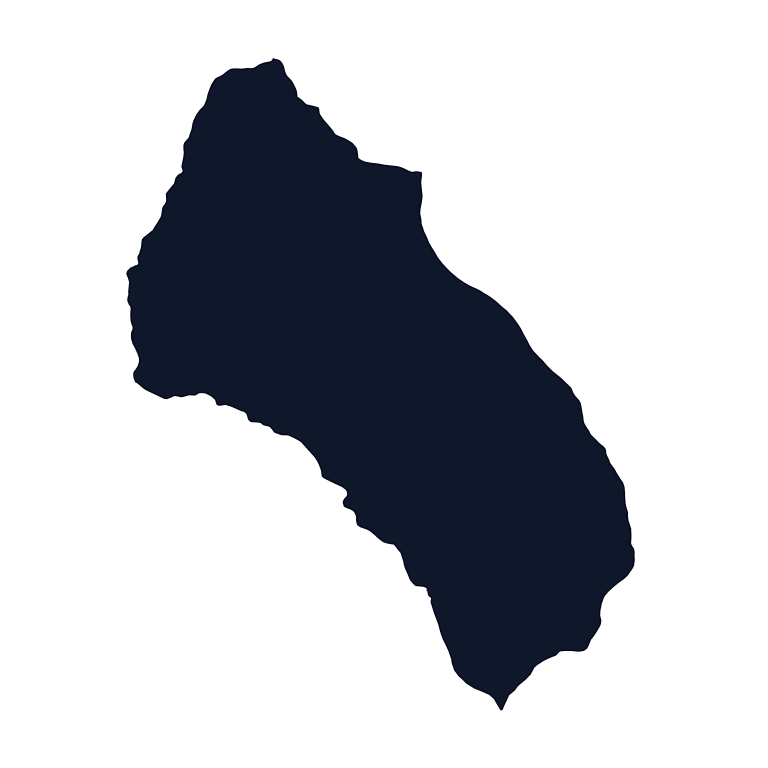 Suscal, Cañar, Ecuador (Robinson projection), rotated 96°
{"feature_id": "8360857B89634065401442", "entity_name": "Suscal", "entity_type": "district", "adm_level": 2, "iso_a3": "ECU", "parent_name": "Ecuador", "parent_adm1": "Cañar", "projection": "robinson", "projection_center": [-79.067, -2.464], "detail": "fine", "context": "isolated", "style": "filled", "palette": "ink", "viewbox_px": 768, "rotation_deg": 96, "n_neighbors": 0, "source": "geoboundaries", "source_scale": "gbopen_adm2", "svg_char_len": 6138}
<svg xmlns="http://www.w3.org/2000/svg" viewBox="0 0 768 768"><g transform="rotate(96 384 384)"><path d="M519.9,120.6L517.4,122.2L515.2,122.5L512.5,122.5L508.1,122.9L502.2,123.8L494.3,127.3L489.9,128.3L486.3,128.6L482.5,130.3L478.0,131.9L470.6,133.2L467.1,133.6L461.2,134.8L457.2,136.7L454.2,139.4L450.5,142.3L448.3,144.0L445.9,145.5L443.6,147.4L439.7,151.1L435.0,153.5L432.8,155.0L429.8,156.5L426.9,156.9L425.3,157.8L423.6,159.6L421.9,162.4L420.0,165.2L417.6,167.8L415.5,170.6L413.1,173.4L412.2,174.2L409.6,175.7L407.1,177.9L403.5,180.6L401.8,181.6L399.1,182.5L395.2,183.3L392.3,184.3L386.5,185.8L382.7,187.1L380.2,188.8L376.3,193.1L373.4,195.4L368.8,197.8L360.0,209.0L354.2,218.0L349.5,223.8L344.1,229.6L341.6,232.9L335.9,239.5L330.7,243.7L324.2,247.9L320.3,250.8L316.5,253.2L314.8,254.3L310.2,258.0L306.2,261.7L304.4,263.3L300.6,267.8L299.1,269.4L294.9,275.7L290.5,281.7L286.9,287.6L284.5,292.5L283.7,294.6L282.2,297.2L280.8,300.6L277.9,309.2L275.2,315.3L271.6,321.9L267.7,327.7L266.2,329.8L262.9,333.9L258.6,338.8L253.1,344.1L247.4,348.2L243.7,351.2L238.5,354.9L235.1,356.6L228.2,360.8L225.3,362.0L220.9,364.1L216.7,364.7L211.0,366.5L206.1,366.7L202.9,366.4L196.4,366.0L193.2,366.0L179.5,368.9L172.7,368.7L170.0,369.2L169.8,371.2L169.8,374.1L170.3,376.5L171.0,377.6L170.0,382.0L167.9,387.7L167.4,389.4L167.0,391.1L166.7,394.0L166.6,407.0L166.1,411.9L166.0,420.5L165.7,424.8L165.4,426.7L164.8,428.9L163.9,431.1L162.5,433.7L155.7,435.2L154.2,435.7L152.3,436.6L148.5,440.5L148.0,441.2L147.4,442.3L145.6,446.1L144.8,447.9L144.3,449.3L143.3,453.2L142.3,456.4L141.6,458.2L141.1,459.0L140.6,459.6L138.1,461.5L136.8,462.7L127.7,472.3L123.2,476.1L122.1,476.8L121.3,477.1L117.3,478.0L116.5,478.3L116.3,478.8L115.4,484.2L114.8,489.6L114.5,490.9L113.7,492.0L110.8,495.5L107.7,500.8L103.4,501.6L101.8,502.1L100.0,503.0L97.2,504.6L95.0,506.1L92.4,508.1L91.0,509.6L88.6,512.5L87.7,513.3L86.9,514.0L84.6,515.3L78.8,517.4L75.7,519.4L74.6,520.5L73.7,521.7L73.4,522.4L73.1,523.3L72.6,527.1L72.3,527.8L75.3,529.6L76.4,532.8L77.6,536.9L79.8,541.1L82.5,544.4L83.9,546.4L84.6,549.1L84.6,552.2L85.9,558.0L86.5,566.1L87.5,569.6L89.9,572.5L94.0,576.6L96.2,579.9L96.9,581.3L98.4,583.2L100.8,584.6L103.7,585.9L104.0,586.2L104.8,586.5L109.7,587.9L114.9,589.1L118.7,589.4L123.1,590.5L125.9,591.5L128.2,593.0L130.6,595.1L135.6,598.0L139.2,599.4L142.2,600.4L145.3,601.0L148.9,601.2L151.2,601.4L155.6,602.5L159.5,603.3L160.1,603.6L165.3,607.3L167.8,607.7L171.2,607.3L175.1,606.5L179.4,606.6L188.9,607.5L193.3,605.5L195.6,606.8L197.1,609.1L198.4,610.6L201.4,612.3L206.7,613.0L211.1,616.0L217.6,620.1L223.6,619.1L225.4,619.1L227.8,619.9L229.1,620.5L230.3,621.5L231.3,621.9L232.7,622.2L239.9,622.5L242.4,623.2L243.0,623.6L246.5,625.1L251.5,627.7L255.6,629.6L263.8,637.9L264.4,638.4L265.5,639.0L266.5,639.2L268.1,639.3L271.3,639.2L275.1,639.4L276.9,640.0L278.7,640.2L280.7,640.6L282.0,641.4L284.1,641.8L285.4,641.5L287.3,640.8L289.9,640.2L292.1,641.4L292.6,643.3L294.8,646.7L295.3,647.9L297.2,649.4L297.9,650.1L299.3,650.8L301.1,651.1L301.8,650.8L303.9,649.8L304.5,649.3L309.1,647.4L319.2,647.3L321.4,646.8L324.3,647.3L327.5,647.4L329.0,646.7L331.7,645.2L333.1,643.7L335.4,643.1L341.6,642.9L347.4,641.9L350.9,640.6L352.6,639.6L354.6,639.0L356.6,639.3L358.6,640.0L359.4,640.1L362.4,640.0L365.4,639.5L369.9,637.6L374.3,634.6L379.7,631.5L383.5,629.8L386.4,629.2L389.4,629.6L392.0,630.1L395.7,631.9L397.0,632.8L399.0,633.7L400.5,633.7L404.2,633.0L404.9,632.4L406.4,631.8L407.9,630.9L408.1,629.8L409.1,628.1L412.8,622.8L414.2,620.1L415.4,616.9L418.4,608.3L420.7,602.0L421.0,600.9L421.1,599.9L421.0,598.6L420.6,597.5L419.7,595.8L417.1,591.3L417.2,587.8L417.6,585.2L417.5,583.8L416.8,581.6L415.2,577.8L414.8,576.4L414.6,571.6L414.4,570.7L413.8,569.7L412.4,568.2L411.9,567.3L411.7,566.5L411.4,565.1L411.3,563.6L411.3,561.0L411.4,560.2L411.8,559.1L414.0,553.6L415.1,552.4L416.3,550.5L416.8,550.0L417.4,549.6L421.2,547.9L421.7,547.5L421.9,547.1L422.1,546.4L422.1,545.5L421.8,544.0L420.8,540.3L420.7,539.2L420.8,538.4L421.6,534.5L422.2,532.0L425.1,523.3L425.4,521.5L425.4,520.6L426.7,518.3L427.5,517.3L429.2,516.4L432.9,514.9L433.8,514.1L435.1,512.2L434.8,506.7L434.9,502.3L436.1,500.8L436.7,499.8L437.0,498.7L437.6,494.2L437.8,493.4L438.1,492.7L439.4,491.1L443.1,487.6L444.3,483.2L444.8,481.1L444.8,479.5L444.4,474.5L444.5,473.7L445.4,470.8L446.9,466.4L449.7,460.2L463.7,444.7L467.8,441.5L471.3,439.4L475.5,437.3L477.4,436.6L482.0,435.6L483.2,433.9L484.3,431.3L487.8,421.7L490.1,414.8L492.6,410.6L494.0,409.5L495.0,408.9L496.2,408.6L497.7,408.4L499.0,408.5L499.8,408.8L502.5,410.9L504.1,411.6L505.4,411.9L506.4,411.9L509.6,410.5L510.7,407.7L511.4,404.6L512.6,401.7L513.7,400.1L515.1,399.0L518.0,397.4L519.4,397.1L522.7,396.8L526.1,395.6L526.7,395.2L527.5,393.9L528.2,392.5L530.0,385.1L531.3,382.1L534.3,377.5L536.7,374.4L538.7,371.4L540.5,368.3L540.9,367.4L541.5,364.4L541.9,360.3L541.9,357.2L550.1,349.1L554.4,347.3L557.8,345.7L561.1,344.8L564.9,343.2L568.6,341.0L575.8,337.1L579.1,333.8L580.9,331.1L580.8,325.5L580.9,323.0L581.6,320.6L583.1,319.2L584.8,319.2L584.8,318.4L586.2,318.3L587.2,318.1L589.4,317.2L589.9,316.7L590.9,314.8L591.6,314.1L592.3,314.0L593.1,314.0L595.8,314.2L606.1,309.8L616.8,304.4L624.0,301.7L627.2,300.3L631.2,298.3L637.2,294.5L642.9,291.2L650.4,287.7L654.2,286.8L661.1,283.6L666.3,278.8L669.2,274.7L672.5,270.8L676.7,262.3L678.8,255.0L681.4,246.7L685.4,241.1L687.6,239.6L690.1,237.8L695.7,233.5L695.0,232.5L692.2,231.8L684.2,229.0L680.2,227.8L674.5,222.3L670.5,220.1L667.9,217.8L664.6,214.5L661.9,212.0L658.2,209.3L657.6,208.5L656.3,208.1L653.1,206.6L650.7,205.8L650.0,205.5L647.2,202.9L646.6,202.2L643.8,198.8L641.8,196.3L639.5,192.6L636.5,187.1L635.8,185.5L634.5,184.2L631.6,182.1L630.8,181.2L630.8,180.7L630.0,177.2L629.3,171.6L629.2,168.3L629.2,162.7L627.9,157.7L625.5,155.0L622.4,153.8L616.3,152.0L612.9,149.8L608.5,147.5L601.9,144.5L599.7,143.9L596.1,143.9L594.0,144.8L591.4,145.6L586.7,145.8L583.4,145.5L579.6,145.2L572.9,143.6L570.7,142.4L566.6,139.6L561.0,134.6L555.8,129.4L552.6,125.7L548.6,122.2L541.6,118.3L539.0,117.2L532.9,116.9L528.4,117.7L525.4,117.8L522.2,118.7L519.9,120.6Z" fill="#0f172a" stroke="#020617" stroke-width="1.5"/></g></svg>